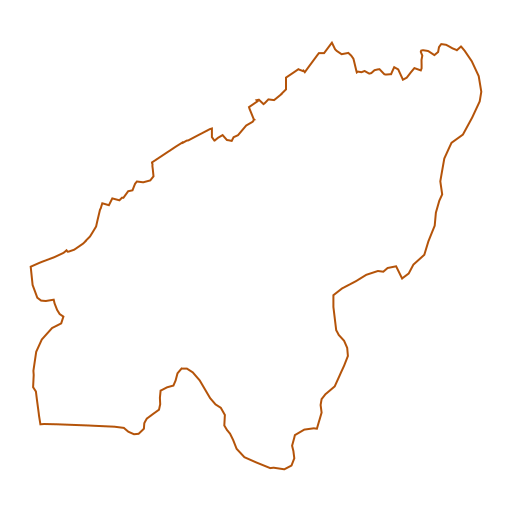 Sanoyeah, Bong, Liberia (Equal Earth projection)
{"feature_id": "62588387B99544432637290", "entity_name": "Sanoyeah", "entity_type": "district", "adm_level": 2, "iso_a3": "LBR", "parent_name": "Liberia", "parent_adm1": "Bong", "projection": "equal_earth", "projection_center": [-9.896, 7.035], "detail": "fine", "context": "isolated", "style": "outline", "palette": "amber", "viewbox_px": 512, "rotation_deg": 0, "n_neighbors": 0, "source": "geoboundaries", "source_scale": "gbopen_adm2", "svg_char_len": 3883}
<svg xmlns="http://www.w3.org/2000/svg" viewBox="0 0 512 512"><path d="M40.4,424.3L44.1,424.0L57.3,424.3L88.7,425.5L94.4,425.8L94.6,425.8L114.4,426.7L123.9,427.9L124.3,428.3L128.3,431.7L133.9,434.2L134.5,434.2L138.6,433.8L142.4,430.2L143.9,428.7L144.2,424.5L144.3,423.2L145.1,421.6L146.8,418.6L153.7,413.5L159.0,409.7L160.2,404.2L159.9,397.8L160.6,390.6L161.9,390.0L167.1,387.3L171.8,386.0L173.4,385.6L175.6,380.5L177.5,373.3L181.6,368.5L181.8,368.6L184.2,368.6L186.9,368.6L192.8,372.4L193.9,373.7L199.7,380.4L210.1,398.1L215.5,404.4L220.8,407.8L224.9,415.0L224.7,417.9L224.7,418.2L224.3,425.5L227.1,430.2L228.3,431.5L228.6,432.0L230.0,433.6L233.1,439.9L233.2,440.1L233.3,440.4L236.6,448.8L244.4,457.2L247.8,458.7L254.8,461.8L256.4,462.5L270.2,468.1L273.6,467.7L284.3,469.3L291.2,465.7L291.5,465.5L294.3,458.3L293.4,451.1L292.7,448.3L292.1,445.7L294.2,438.0L294.9,435.1L304.3,429.6L313.8,428.3L316.9,428.7L319.1,421.1L319.6,419.5L321.6,412.6L320.6,405.0L321.6,399.1L322.0,398.6L325.6,394.0L326.2,393.6L334.7,386.4L339.1,376.7L341.1,372.2L342.5,369.2L344.1,365.7L347.9,356.0L347.2,347.9L344.1,340.8L341.2,337.6L338.7,334.9L337.6,332.7L336.2,330.2L333.4,307.0L333.4,305.3L333.4,295.2L342.1,288.4L355.9,281.2L366.3,274.8L377.9,271.0L383.3,271.7L387.6,268.0L396.1,266.3L396.7,267.5L402.1,278.5L402.7,278.0L408.7,273.5L413.4,264.6L424.3,254.8L428.4,241.3L432.1,232.1L434.7,225.7L435.9,212.6L439.3,200.7L442.2,194.4L440.9,185.5L440.3,181.3L441.9,172.1L444.3,158.5L449.4,147.3L451.5,142.8L462.9,134.6L472.2,117.5L479.7,101.4L481.3,91.7L481.2,91.2L479.7,82.1L478.7,76.1L471.8,61.3L464.6,50.7L461.5,47.0L461.0,46.5L458.2,49.0L456.9,50.2L456.6,50.0L456.1,49.8L452.6,48.4L452.4,48.3L449.6,46.7L447.6,45.6L446.1,44.8L441.4,44.1L441.1,44.2L439.0,47.1L438.1,52.0L434.4,55.1L432.7,54.0L428.3,51.1L426.9,50.8L423.0,50.2L421.2,50.6L420.8,51.7L420.8,51.9L422.3,55.6L421.5,59.9L421.6,65.4L421.6,68.3L420.8,70.4L414.4,68.1L410.8,72.4L409.2,74.5L406.7,77.7L402.9,79.7L402.3,78.3L398.2,69.4L395.1,67.7L394.2,67.2L392.0,72.0L391.1,74.2L390.5,74.2L386.8,74.5L385.3,74.5L384.3,74.2L384.2,74.1L379.5,69.2L378.8,69.3L377.8,69.4L374.5,70.2L371.3,73.1L369.3,73.6L369.0,73.5L366.2,71.9L364.6,71.0L361.5,72.2L357.8,71.6L356.8,72.4L356.2,70.3L356.1,69.8L354.0,61.0L353.4,58.7L351.2,55.6L348.3,52.9L348.0,53.0L341.6,54.2L336.7,50.9L335.8,50.0L335.1,49.3L332.5,43.9L331.9,42.7L331.5,43.2L324.1,53.1L318.9,53.1L318.3,53.9L317.3,55.2L309.3,66.0L304.8,72.2L303.4,70.5L302.8,71.0L298.9,69.5L298.4,69.2L293.9,72.3L286.0,77.6L286.0,89.4L281.4,93.9L281.5,94.1L279.9,95.4L274.1,100.1L268.4,99.4L264.8,103.1L263.5,104.1L258.9,99.7L256.6,100.2L257.5,101.3L249.0,107.1L249.6,109.0L250.3,110.7L253.7,119.1L253.8,119.2L253.7,119.2L253.6,120.5L252.6,121.8L249.5,123.6L246.2,125.5L238.0,135.2L233.6,137.2L233.5,137.4L231.7,140.9L228.3,140.2L228.0,140.2L226.9,140.0L222.6,135.1L218.0,137.8L216.8,138.8L214.6,140.6L214.4,140.6L211.9,137.1L211.9,135.6L211.9,128.5L209.9,129.1L197.4,135.6L188.3,140.4L186.7,140.6L182.8,142.8L182.6,142.4L176.8,146.0L175.4,146.9L152.6,162.0L152.0,162.4L152.1,163.3L152.5,164.1L152.4,166.1L152.8,169.3L153.5,176.3L150.9,179.6L150.3,180.4L143.2,182.3L136.9,181.5L135.1,183.7L134.5,185.2L134.4,185.4L132.5,190.3L131.7,190.5L128.2,191.2L123.4,197.8L122.0,197.7L119.4,200.3L112.3,198.4L110.2,202.6L108.9,205.2L104.8,204.0L102.3,203.3L101.4,206.1L100.8,208.2L100.0,209.7L97.4,220.7L96.1,226.5L92.6,232.3L90.0,236.5L85.7,240.8L85.8,241.0L83.1,243.6L82.5,244.0L74.2,249.7L68.7,251.6L67.6,251.7L66.5,250.3L65.2,251.5L63.6,252.8L62.2,253.5L54.5,257.1L42.0,261.8L39.3,262.9L30.7,266.7L32.6,285.0L35.1,291.7L37.3,297.7L41.1,300.6L45.8,301.0L53.7,299.7L54.6,303.5L57.1,309.9L59.7,314.1L63.4,316.6L61.2,323.4L52.1,328.0L45.1,335.8L41.8,339.5L36.2,351.8L36.0,353.2L35.9,353.9L33.4,370.8L33.7,375.0L33.1,387.2L35.9,391.5L36.9,399.5L38.8,413.8L39.0,415.6L40.4,424.3Z" fill="none" stroke="#b45309" stroke-width="2"/></svg>